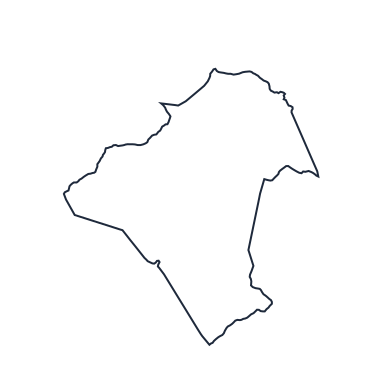 Guanambi, Bahia, Brazil, rotated 293°
{"feature_id": "56859067B56952710224851", "entity_name": "Guanambi", "entity_type": "district", "adm_level": 2, "iso_a3": "BRA", "parent_name": "Brazil", "parent_adm1": "Bahia", "projection": "orthographic", "projection_center": [-42.803, -14.19], "detail": "fine", "context": "isolated", "style": "outline", "palette": "slate", "viewbox_px": 384, "rotation_deg": 293, "n_neighbors": 0, "source": "geoboundaries", "source_scale": "gbopen_adm2", "svg_char_len": 3246}
<svg xmlns="http://www.w3.org/2000/svg" viewBox="0 0 384 384"><g transform="rotate(293 192 192)"><path d="M205.4,106.0L205.5,103.6L204.3,101.4L202.3,100.5L201.2,98.9L199.8,97.5L198.6,95.6L196.6,95.8L194.8,96.3L193.0,96.0L191.4,95.5L189.7,95.8L187.3,95.0L184.5,94.9L182.3,94.4L180.6,94.0L178.3,95.0L175.1,95.0L172.8,95.2L171.5,94.4L170.6,93.0L169.2,91.4L168.1,89.5L165.6,87.7L163.6,86.4L161.2,85.1L159.3,83.6L157.6,83.2L155.7,82.1L154.6,79.5L153.3,78.6L151.3,77.6L149.4,77.0L147.3,77.4L145.1,77.7L143.6,76.3L142.0,75.0L140.2,74.8L135.9,78.9L125.0,93.0L126.6,110.3L129.4,140.4L129.7,142.9L125.1,151.3L123.6,154.0L118.5,163.5L112.8,173.9L111.8,176.6L111.0,178.2L110.9,180.5L110.8,183.4L111.3,185.2L112.9,186.2L114.9,186.7L115.7,188.1L114.8,189.5L111.9,189.3L110.1,189.7L109.4,191.3L105.3,198.4L104.3,199.8L90.7,218.9L89.7,220.3L83.1,229.6L67.7,251.2L64.6,255.7L63.3,257.8L58.2,267.7L59.9,268.6L61.2,269.9L63.5,270.4L65.9,271.5L68.7,273.0L70.5,274.3L72.2,275.8L74.4,276.5L77.2,276.5L80.3,276.9L82.2,277.5L84.1,279.1L86.4,280.5L88.3,281.3L90.5,282.1L92.0,283.7L92.8,286.2L93.7,287.5L95.2,288.7L96.4,290.5L98.0,292.0L100.2,293.1L102.5,294.2L104.5,296.0L107.4,297.2L109.0,297.8L109.7,299.6L109.2,301.7L109.7,303.6L110.5,305.6L113.3,306.4L115.5,307.6L117.4,308.0L120.3,309.2L122.0,308.5L123.3,307.0L123.8,304.8L124.5,302.9L125.1,301.1L125.5,299.5L125.8,297.8L127.2,295.6L128.7,293.7L129.3,292.2L128.9,290.4L128.3,288.0L128.2,285.1L129.1,282.8L131.0,282.2L133.0,281.5L135.0,280.1L136.4,278.3L138.6,277.7L142.4,277.7L148.0,277.4L159.0,268.0L160.6,266.6L163.2,266.1L208.4,257.1L213.3,256.1L217.1,255.3L232.1,253.5L232.4,255.9L232.7,257.7L233.1,259.6L234.2,261.3L236.2,262.0L238.5,262.9L240.7,263.9L242.5,264.5L244.2,264.2L246.0,264.7L248.5,266.1L250.5,267.3L252.6,268.5L253.5,270.4L252.9,273.1L252.5,275.2L252.1,278.0L251.8,280.4L251.6,283.2L252.1,285.5L254.3,286.3L254.9,288.5L256.9,291.1L257.0,294.2L256.8,296.2L256.3,298.3L255.7,300.0L255.6,302.2L260.0,299.2L264.6,294.3L275.3,283.0L281.0,277.0L304.2,252.5L305.9,251.9L307.8,252.2L309.3,251.4L309.7,249.2L309.3,247.2L310.7,245.4L311.8,244.2L313.3,242.5L313.2,240.2L315.0,240.2L316.7,238.7L318.6,239.3L319.2,237.7L319.1,235.9L318.8,234.3L316.8,233.0L317.0,231.2L315.7,229.0L316.0,227.2L316.1,225.0L317.3,223.2L319.6,222.0L321.8,220.3L322.6,218.6L322.7,216.7L322.6,214.3L323.1,212.6L323.7,209.8L324.8,207.4L325.0,205.3L325.3,203.7L325.2,202.0L325.8,199.9L325.5,197.9L324.6,196.2L323.3,193.8L322.0,191.8L320.7,190.5L319.3,189.1L317.7,186.7L316.3,184.4L315.9,181.3L314.9,179.0L314.4,176.8L314.1,174.8L313.6,172.9L313.2,171.4L312.8,169.6L313.1,167.6L314.5,165.4L313.3,163.9L310.6,163.4L308.0,162.6L305.8,163.4L303.7,163.5L302.1,163.4L300.1,163.3L294.5,161.7L284.6,156.7L273.1,150.8L266.2,145.5L265.4,142.4L261.5,129.0L260.7,131.5L259.9,133.0L259.0,134.5L257.8,135.6L256.2,137.5L254.7,140.4L253.2,142.6L251.6,142.8L249.7,142.9L247.1,143.1L244.8,142.9L243.9,141.2L242.4,140.4L240.5,139.0L238.1,138.9L236.1,138.7L234.2,137.5L231.1,136.7L229.9,134.8L228.3,133.2L225.6,132.3L223.2,131.3L220.4,131.4L218.8,130.4L216.9,128.6L215.1,126.3L214.0,123.7L213.5,120.9L212.6,118.3L211.6,116.1L210.9,114.2L209.8,112.4L208.7,111.2L207.7,109.8L206.7,108.1L205.4,106.0Z" fill="none" stroke="#1e293b" stroke-width="2"/></g></svg>